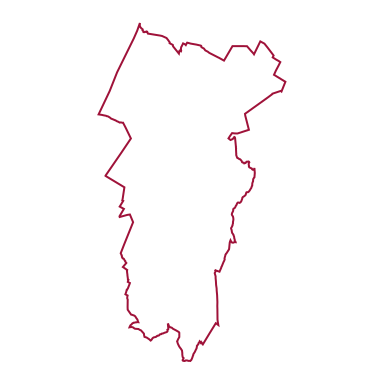 San Salvador el Seco, Puebla, Mexico (Equal Earth projection)
{"feature_id": "50627088B87389921667442", "entity_name": "San Salvador el Seco", "entity_type": "district", "adm_level": 2, "iso_a3": "MEX", "parent_name": "Mexico", "parent_adm1": "Puebla", "projection": "equal_earth", "projection_center": [-97.611, 19.143], "detail": "fine", "context": "isolated", "style": "outline", "palette": "rose", "viewbox_px": 384, "rotation_deg": 0, "n_neighbors": 0, "source": "geoboundaries", "source_scale": "gbopen_adm2", "svg_char_len": 5957}
<svg xmlns="http://www.w3.org/2000/svg" viewBox="0 0 384 384"><path d="M254.4,177.4L254.5,176.6L254.8,173.0L254.4,168.0L254.3,168.4L254.3,168.7L253.8,169.4L253.7,169.8L252.9,169.8L252.1,169.3L251.9,168.6L249.4,167.4L248.9,166.7L249.0,166.0L248.7,164.6L248.8,163.1L249.3,162.4L249.1,161.9L248.6,161.5L247.4,161.7L246.7,161.7L246.4,161.8L246.0,162.5L245.5,163.0L244.2,163.4L243.8,162.7L243.1,162.7L242.1,162.2L241.8,161.3L241.5,160.8L240.2,159.3L239.3,159.1L238.2,158.2L237.5,158.1L237.3,157.9L237.1,157.6L236.7,156.5L236.6,156.1L236.3,155.4L236.2,154.7L236.3,153.8L236.2,153.4L236.0,148.7L236.1,148.4L235.9,147.4L236.0,146.8L235.9,146.6L235.1,138.2L234.9,137.5L234.7,137.2L234.3,137.0L234.1,137.2L233.9,137.5L233.7,137.7L233.5,138.1L233.3,138.3L233.1,138.7L232.2,139.3L230.5,140.0L228.5,138.4L230.0,136.0L232.1,133.1L234.5,133.4L237.4,133.5L248.9,129.8L245.3,115.8L245.0,113.8L267.9,97.4L272.3,94.1L272.4,93.7L280.8,90.9L281.5,91.5L285.4,81.8L274.0,74.8L275.9,70.6L278.7,65.3L280.3,62.1L278.7,61.0L276.5,59.8L272.7,57.4L273.6,55.5L267.6,47.6L264.4,43.6L260.3,41.4L254.0,54.3L253.3,53.3L250.7,50.5L247.0,46.2L239.8,46.1L232.5,46.1L224.0,60.6L218.6,57.6L218.3,57.5L210.3,53.4L209.3,52.9L207.8,51.7L205.5,50.5L205.3,50.4L204.4,49.2L204.0,48.6L201.5,47.2L201.3,46.8L201.2,45.9L200.8,45.6L196.4,44.6L190.7,43.6L187.4,42.7L187.1,42.7L185.8,45.1L185.0,44.3L183.1,43.4L181.8,46.1L181.2,47.1L181.1,47.6L181.0,48.2L180.9,48.7L181.0,49.4L181.0,50.0L181.2,50.7L181.0,51.3L179.6,50.6L179.4,50.9L178.9,53.6L173.1,46.4L172.8,44.9L169.6,43.2L169.7,42.3L168.0,39.9L166.5,38.0L162.1,36.0L160.3,35.6L147.9,33.6L147.2,31.7L146.5,31.5L146.1,32.0L145.3,31.8L144.3,32.2L143.5,32.1L143.4,31.3L142.5,30.4L142.7,29.4L141.5,28.4L140.7,27.6L140.4,27.2L140.0,26.3L139.8,25.7L139.8,25.0L139.9,23.0L137.2,30.7L133.8,38.4L117.1,72.3L109.7,91.0L98.6,114.4L101.9,114.9L103.1,115.2L106.1,115.8L106.8,116.2L107.3,116.2L108.2,116.5L110.1,117.7L111.1,118.6L113.9,119.7L114.6,120.1L115.5,120.3L116.6,121.1L117.9,121.6L119.8,122.6L120.7,122.4L121.9,122.6L122.8,122.9L123.1,122.8L125.9,128.2L130.9,138.5L121.2,152.9L105.5,175.7L105.5,175.9L124.4,187.3L122.6,199.2L122.3,200.4L123.2,200.9L119.7,206.6L123.9,208.9L119.5,216.3L119.7,217.0L127.3,214.9L129.9,214.5L133.1,222.2L124.0,244.8L120.7,253.3L121.4,254.7L121.7,255.2L121.6,255.4L121.9,256.1L121.9,256.8L122.2,257.2L122.2,257.7L122.6,258.0L123.0,258.3L123.0,258.5L123.6,258.7L123.8,258.8L125.1,261.2L125.3,261.2L125.5,261.9L125.9,262.6L126.3,263.0L122.9,267.0L127.2,270.0L126.9,270.9L127.1,271.8L127.1,272.5L127.4,274.5L127.4,275.1L127.9,278.8L127.9,279.6L128.4,279.8L127.8,281.9L129.9,283.0L129.7,283.7L127.8,288.6L127.4,289.0L127.0,289.9L126.7,289.9L126.2,292.0L125.5,294.0L125.4,294.3L127.6,295.5L127.3,296.8L127.2,298.2L127.4,298.9L127.7,299.5L127.6,307.1L127.7,309.7L131.1,314.6L131.5,314.7L132.4,314.9L133.4,315.3L134.1,315.5L135.2,316.3L135.9,317.4L136.1,317.8L137.3,319.4L137.6,320.1L137.9,321.3L138.3,322.2L137.2,322.1L136.5,322.3L135.8,322.3L134.3,322.7L133.7,322.7L133.3,323.0L132.6,323.2L132.0,323.8L131.5,324.5L130.6,325.1L129.9,326.3L129.5,327.3L131.4,327.0L132.8,327.3L133.5,327.7L133.9,328.1L134.9,328.7L135.6,328.8L138.4,329.0L139.8,329.9L140.6,330.2L141.0,330.4L143.9,333.6L144.1,335.2L144.5,336.9L146.6,337.5L149.4,339.4L150.6,340.6L150.8,340.5L151.6,339.7L152.5,338.3L153.2,337.7L153.7,337.4L155.7,337.0L156.1,336.8L156.3,336.5L156.8,336.1L157.1,336.1L157.5,335.7L158.6,335.6L159.3,335.2L159.7,334.5L160.4,334.2L161.4,334.1L161.6,333.8L161.8,333.6L163.2,333.4L164.6,332.7L165.9,332.4L166.2,332.2L167.0,331.9L167.2,331.7L167.6,331.0L167.4,329.7L168.2,329.3L168.3,328.0L168.1,326.6L167.9,324.1L167.8,323.5L168.4,324.4L168.4,324.9L168.9,326.0L170.2,327.3L171.6,327.6L171.9,327.8L173.0,328.8L175.9,330.3L177.6,331.3L178.0,331.5L179.1,332.3L179.3,332.8L179.3,337.1L179.0,337.6L178.3,338.8L177.5,340.6L177.1,341.3L177.4,341.8L177.4,342.3L177.9,343.8L179.0,346.1L179.8,347.4L181.0,348.9L181.2,349.3L182.0,350.5L182.3,353.1L182.3,354.7L182.6,356.7L182.8,357.3L183.6,358.1L182.6,360.1L182.8,360.6L183.6,360.9L184.4,361.0L185.0,360.9L185.3,360.5L186.9,360.4L188.5,360.9L189.8,360.9L190.1,360.8L190.4,360.9L190.7,360.4L191.1,360.2L191.4,359.8L192.3,357.7L192.8,356.1L193.2,355.3L193.3,354.3L194.9,351.8L195.7,350.0L196.6,348.3L196.7,347.4L196.9,346.8L196.9,345.9L197.6,345.0L198.3,344.3L198.5,343.2L199.3,342.3L199.6,341.5L200.6,342.8L201.1,342.0L202.0,343.4L202.1,343.2L202.9,344.3L209.7,333.1L215.8,323.2L218.3,325.0L217.7,321.3L217.5,319.5L217.4,309.4L217.3,306.0L217.4,302.0L217.1,295.0L216.7,290.6L216.6,288.3L216.1,284.9L215.9,281.1L215.6,278.1L215.6,276.3L214.7,273.1L215.8,271.0L214.7,269.9L216.2,270.6L219.5,271.7L221.2,267.8L221.5,266.7L221.8,266.3L222.8,263.8L223.8,261.4L224.1,261.0L224.7,259.3L224.5,258.5L224.9,256.9L225.2,256.0L225.5,254.6L225.8,254.3L225.9,253.9L226.5,253.3L228.4,250.3L229.0,249.4L229.2,248.1L229.7,242.8L230.0,241.6L230.5,240.3L230.9,241.1L231.5,242.0L231.7,242.3L232.2,242.6L233.1,242.7L234.7,242.1L235.6,242.2L235.4,241.5L235.0,241.2L234.8,240.9L234.7,240.4L234.7,239.5L234.2,238.0L234.2,237.2L234.0,236.4L233.5,235.3L233.5,234.9L233.0,234.1L232.2,233.0L231.9,231.9L231.6,229.9L231.1,228.7L231.1,228.1L232.2,226.3L232.3,225.6L232.6,225.2L232.6,224.5L233.0,223.3L233.0,222.5L232.9,222.1L233.2,221.0L233.4,219.4L233.3,218.1L233.1,217.1L232.9,216.4L232.2,215.4L231.9,214.7L231.8,214.4L231.9,213.8L232.2,212.8L232.4,212.5L233.1,211.0L233.2,210.6L233.2,209.5L233.5,208.7L234.7,208.0L235.1,207.4L235.5,206.7L235.8,205.9L236.7,204.6L236.8,204.1L237.2,203.2L238.0,202.5L238.8,202.6L239.2,202.8L239.6,202.9L240.5,202.3L241.2,201.4L242.2,198.8L242.4,197.6L242.8,197.1L244.5,196.0L245.5,195.1L245.8,194.3L246.1,193.2L246.4,192.4L246.8,192.2L248.0,192.2L248.6,191.8L249.3,191.0L249.8,190.3L250.6,188.9L251.2,188.1L251.9,186.0L252.2,185.7L252.3,183.4L252.5,182.7L252.9,181.6L253.0,181.5L253.1,181.1L253.1,180.0L253.3,178.9L253.5,178.6L254.1,177.6L254.4,177.4Z" fill="none" stroke="#9f1239" stroke-width="2"/></svg>